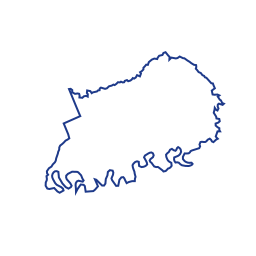 outline of Santo Ângelo, Rio Grande do Sul, Brazil, rotated 338°
{"feature_id": "56859067B98456999895328", "entity_name": "Santo Ângelo", "entity_type": "district", "adm_level": 2, "iso_a3": "BRA", "parent_name": "Brazil", "parent_adm1": "Rio Grande do Sul", "projection": "orthographic", "projection_center": [-54.307, -28.25], "detail": "fine", "context": "isolated", "style": "outline", "palette": "blue", "viewbox_px": 256, "rotation_deg": 338, "n_neighbors": 0, "source": "geoboundaries", "source_scale": "gbopen_adm2", "svg_char_len": 4102}
<svg xmlns="http://www.w3.org/2000/svg" viewBox="0 0 256 256"><g transform="rotate(338 128 128)"><path d="M191.2,71.8L189.0,71.7L187.3,73.2L183.9,72.7L181.8,74.0L180.9,75.0L178.4,73.5L175.8,73.5L172.0,74.7L170.1,76.9L168.6,76.1L166.6,77.2L164.9,77.9L164.2,79.5L161.9,80.5L160.1,80.8L160.4,82.4L158.4,84.6L156.2,82.4L154.1,84.1L152.1,84.5L151.2,83.5L149.5,84.5L148.0,84.9L145.7,84.7L145.0,83.2L142.7,83.1L141.6,84.1L140.2,83.8L138.8,82.4L137.6,82.7L135.8,81.8L133.8,82.7L131.7,83.2L130.7,82.3L128.7,82.6L126.1,82.2L123.3,83.3L121.4,83.1L118.0,80.4L116.6,80.8L115.8,82.3L114.3,81.9L112.9,82.5L108.7,81.8L107.4,82.1L106.9,79.7L104.2,77.9L103.0,80.1L103.4,81.6L102.4,83.8L101.2,82.5L98.9,82.1L97.0,82.9L94.4,81.5L95.3,79.7L95.5,78.0L94.2,77.1L91.7,76.5L89.7,74.1L90.5,71.9L89.5,70.2L87.9,69.8L88.0,88.5L88.1,96.3L88.2,99.1L70.1,99.7L70.2,111.4L69.7,115.6L67.6,116.1L65.4,116.3L63.1,117.4L61.0,118.2L58.5,118.9L57.0,120.3L56.1,122.3L54.4,123.9L53.4,125.4L50.0,129.3L48.8,131.2L47.4,132.4L44.6,133.6L42.6,135.1L39.6,135.7L36.6,137.7L36.0,139.7L36.4,141.4L34.4,142.1L33.7,144.9L33.0,146.1L31.4,147.6L30.0,150.7L30.5,153.9L32.2,155.1L37.1,156.0L38.8,160.4L40.4,162.4L44.8,161.8L45.0,160.0L44.0,157.9L40.6,153.9L39.8,151.7L39.3,147.4L39.3,145.5L39.7,143.9L40.9,142.3L42.5,141.2L44.1,140.8L45.7,141.3L47.0,142.6L45.4,148.0L46.4,154.8L48.1,159.5L50.1,161.9L52.9,161.4L54.1,160.4L53.8,157.6L52.0,152.6L52.1,150.7L52.9,149.0L55.2,148.0L59.8,147.6L64.4,149.6L65.3,150.5L66.8,154.3L66.8,157.9L67.2,160.0L65.9,160.8L62.3,158.3L60.5,158.4L58.9,159.6L58.0,161.3L57.0,164.7L55.8,167.9L58.5,165.6L63.0,162.7L65.6,164.1L66.2,165.7L64.9,171.2L68.4,172.3L72.2,173.5L74.4,172.8L78.3,170.8L78.1,163.2L79.2,164.1L82.4,171.6L84.2,172.4L86.2,171.1L88.3,167.0L91.2,164.2L92.9,161.2L95.4,160.3L97.8,161.8L97.7,163.8L96.6,165.7L93.8,168.5L93.7,170.4L95.3,177.2L97.3,177.9L100.7,172.7L103.4,171.3L105.2,171.8L105.7,173.2L105.8,175.7L106.1,178.6L108.3,178.4L110.2,178.6L111.8,178.8L114.4,179.8L115.4,177.7L116.7,176.1L117.1,172.9L117.6,170.8L117.6,168.6L117.8,166.1L118.3,164.2L119.7,163.1L122.0,162.2L123.9,162.3L125.3,163.4L124.7,165.2L124.1,167.4L125.9,169.3L128.0,169.8L130.0,169.8L132.1,169.0L132.5,167.1L132.4,165.2L132.1,162.8L131.9,161.2L133.4,159.9L135.8,159.5L137.4,159.2L139.1,159.1L140.6,159.5L141.6,160.8L141.6,162.9L140.2,164.4L138.5,164.9L137.1,165.3L135.9,166.3L136.0,167.8L136.8,169.2L137.3,171.3L137.9,173.5L139.5,174.8L141.1,175.3L142.1,176.8L143.2,178.7L144.1,180.2L144.6,181.6L146.8,182.0L148.5,181.3L149.9,180.6L151.3,180.7L152.6,180.4L154.3,179.4L155.1,176.5L153.6,174.6L152.9,173.1L152.7,171.5L152.7,169.1L153.3,167.0L155.0,166.1L156.8,165.6L158.9,163.9L160.9,163.8L162.0,165.7L163.5,166.9L164.7,166.3L165.9,165.0L167.3,164.5L168.3,165.9L168.8,167.6L168.3,170.0L166.8,171.5L165.5,172.2L163.9,172.6L159.8,172.6L158.9,174.5L158.7,176.1L159.1,177.8L160.7,178.2L162.1,179.2L163.0,181.3L164.1,182.8L167.1,184.7L170.1,186.0L171.9,186.2L173.3,186.1L174.4,185.5L173.9,184.0L172.0,183.3L170.7,182.7L169.2,181.4L168.1,179.9L167.3,177.4L168.1,175.3L171.0,172.8L173.1,173.7L174.8,174.2L176.2,173.8L177.4,172.9L179.0,172.8L181.4,173.0L186.5,173.4L188.0,172.0L188.1,170.1L189.9,168.2L191.2,168.4L192.9,169.3L194.3,169.9L195.7,169.7L197.5,168.7L199.8,168.5L200.6,170.1L200.8,171.9L201.9,173.1L204.0,172.3L205.3,171.8L207.2,171.6L206.6,170.2L206.2,168.7L209.7,164.7L212.1,165.6L211.9,164.1L212.6,162.4L211.4,160.9L210.2,158.6L210.9,156.7L213.8,156.8L215.6,156.1L216.0,153.8L213.6,152.3L214.0,150.4L213.2,146.0L215.3,143.1L216.0,141.8L216.6,144.3L217.5,145.3L219.2,143.8L219.2,141.6L220.1,139.9L221.4,139.5L224.4,142.0L226.0,141.4L224.7,140.1L224.5,137.2L223.7,136.1L223.0,132.5L224.9,132.0L223.5,130.5L220.5,129.5L219.0,128.6L219.7,124.7L223.4,123.7L223.3,120.5L223.4,118.5L222.0,117.7L219.5,110.8L218.3,109.8L218.1,108.2L216.8,106.9L216.1,104.3L214.4,102.6L213.8,100.2L213.1,98.4L214.2,97.0L214.7,95.2L212.8,94.1L210.9,91.5L209.9,89.7L208.4,87.7L206.4,84.5L205.2,83.9L204.3,82.9L202.7,81.1L200.1,81.7L198.4,81.4L194.6,79.0L192.0,80.1L193.2,77.5L192.5,76.1L191.2,71.8Z" fill="none" stroke="#1e3a8a" stroke-width="2"/></g></svg>